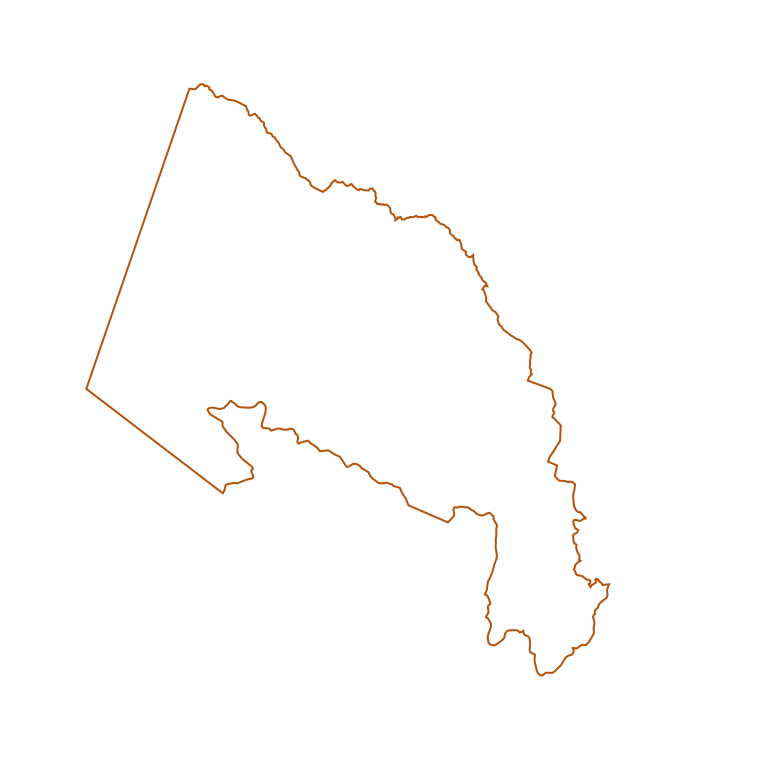 Lagaip/Pogera District, Enga, Papua New Guinea (orthographic projection), rotated 19°
{"feature_id": "67681753B66216026756118", "entity_name": "Lagaip/Pogera District", "entity_type": "district", "adm_level": 2, "iso_a3": "PNG", "parent_name": "Papua New Guinea", "parent_adm1": "Enga", "projection": "orthographic", "projection_center": [143.276, -5.41], "detail": "fine", "context": "isolated", "style": "outline", "palette": "amber", "viewbox_px": 768, "rotation_deg": 19, "n_neighbors": 0, "source": "geoboundaries", "source_scale": "gbopen_adm2", "svg_char_len": 6165}
<svg xmlns="http://www.w3.org/2000/svg" viewBox="0 0 768 768"><g transform="rotate(19 384 384)"><path d="M103.9,168.1L104.1,485.5L267.1,539.8L267.7,537.2L267.2,531.3L268.8,529.5L273.7,526.7L277.7,525.6L285.0,519.4L290.2,516.1L290.8,514.4L289.3,512.3L287.3,510.5L286.8,508.9L287.6,507.0L286.1,505.2L273.6,500.6L269.1,497.7L267.5,496.2L265.5,488.8L260.6,485.3L252.4,481.4L249.3,479.6L248.3,478.5L246.9,477.9L244.9,476.0L243.6,472.3L229.6,469.3L226.0,466.5L225.6,465.2L226.1,464.2L227.7,462.9L230.4,462.0L236.5,461.2L239.0,459.9L240.7,458.5L241.3,456.5L242.5,455.1L244.1,450.1L245.2,449.7L246.2,450.4L250.0,451.3L252.8,452.8L255.9,452.7L263.1,450.7L265.8,449.7L268.1,448.2L269.7,446.1L271.9,441.7L274.3,440.9L277.8,442.5L279.1,443.6L280.2,445.5L281.2,449.9L281.5,462.0L282.6,464.4L284.7,464.8L289.9,463.5L292.6,464.8L297.7,460.9L300.3,460.0L302.0,460.2L306.3,459.2L310.4,456.6L312.9,456.4L314.1,457.1L316.8,460.1L318.5,460.3L319.6,461.6L320.6,464.0L320.7,466.3L321.3,467.6L322.8,468.2L324.3,466.3L330.7,462.3L333.4,463.7L340.8,465.6L345.2,468.3L348.2,467.2L351.2,465.4L353.8,465.0L360.7,466.7L366.0,467.2L375.8,474.6L377.3,473.7L380.9,469.4L384.0,468.6L386.9,469.0L391.3,471.3L393.1,471.3L398.2,472.5L401.2,475.7L405.6,477.7L410.9,479.2L413.1,479.2L418.6,476.5L424.5,476.4L426.1,477.3L432.9,477.1L436.2,480.8L442.1,485.4L446.7,490.8L489.5,494.0L493.0,486.3L492.9,484.4L490.6,480.3L490.5,478.5L491.7,477.1L493.9,476.9L495.7,475.2L504.1,473.3L506.3,474.3L510.3,474.9L514.5,476.8L519.6,476.5L521.6,475.1L524.0,472.5L525.8,471.4L530.8,473.7L531.4,475.8L532.3,476.8L537.0,481.0L537.2,484.2L539.4,490.2L540.4,495.0L541.3,497.1L542.4,501.4L546.5,509.2L547.2,512.1L547.2,520.4L547.7,526.1L547.3,533.5L546.7,536.0L546.9,538.9L548.3,545.3L547.9,550.0L549.6,550.1L551.4,551.2L556.1,556.8L554.6,560.6L557.1,565.5L557.0,567.6L556.2,569.8L556.4,571.3L558.7,571.8L560.9,573.7L562.8,575.6L564.2,578.3L564.1,587.2L564.6,590.1L567.2,594.8L570.0,595.9L572.6,595.5L575.1,593.6L579.4,587.3L580.4,584.8L579.8,581.4L580.0,579.2L581.2,577.1L584.0,575.5L589.3,573.7L591.0,573.7L593.2,574.7L594.9,573.6L596.0,572.1L597.6,574.7L599.2,575.6L601.9,575.5L604.2,576.7L607.0,582.6L608.3,588.1L609.8,590.2L614.4,590.6L615.2,591.4L615.6,594.2L616.9,597.6L621.8,605.2L623.4,607.0L626.3,608.4L628.5,608.1L631.2,604.2L637.3,602.3L638.9,600.2L642.8,592.4L644.8,583.4L646.4,581.2L649.8,578.6L650.5,576.6L650.4,574.9L648.4,572.2L649.4,571.6L651.3,571.7L652.6,571.0L655.5,566.7L657.0,565.8L660.1,565.1L661.8,560.9L663.3,553.7L663.5,550.8L661.7,546.6L661.1,542.3L659.0,538.1L657.4,536.4L657.5,534.2L658.5,532.8L657.4,530.8L657.4,529.0L659.1,525.6L659.0,522.7L659.9,520.0L664.1,513.6L664.1,510.9L662.0,506.1L661.8,503.1L662.1,500.1L657.3,502.2L656.4,503.0L653.7,501.0L652.2,500.9L650.6,499.5L648.0,499.0L647.4,500.4L649.0,501.2L648.8,502.9L647.5,504.4L647.0,505.8L645.6,506.7L645.3,508.8L642.6,506.4L643.7,505.3L643.3,503.0L641.8,502.5L639.0,502.9L633.7,501.0L628.9,501.9L627.2,500.9L625.9,499.1L623.8,497.3L624.2,495.5L623.7,493.1L625.0,490.0L627.3,487.1L625.6,486.7L625.4,484.4L624.5,482.3L622.1,480.5L620.4,478.4L618.9,476.0L618.3,473.3L616.0,472.7L614.3,470.8L612.0,465.7L612.6,463.7L614.5,462.3L615.1,460.9L615.0,458.7L611.3,458.0L610.6,456.6L609.0,455.2L607.9,452.5L608.0,450.7L609.8,450.0L612.7,449.9L614.5,449.2L617.0,445.9L618.1,445.9L618.3,444.9L615.4,443.8L611.4,441.3L609.5,442.0L607.3,441.3L603.7,437.9L599.9,430.1L598.6,425.6L598.6,422.8L597.3,416.6L594.3,415.4L592.0,415.6L590.4,416.7L585.9,416.9L581.8,418.3L579.6,417.8L575.4,415.3L574.2,404.7L564.4,404.0L564.4,399.4L569.0,380.5L564.6,365.6L555.7,361.0L554.1,360.6L553.7,358.4L554.5,356.2L553.9,355.2L552.7,354.5L552.1,352.4L552.9,347.9L552.2,346.0L548.2,341.6L545.5,335.7L542.9,334.5L518.8,334.0L519.0,330.0L520.6,326.7L519.7,326.6L519.0,325.5L518.3,322.5L517.0,321.9L516.1,320.0L515.7,317.2L514.5,314.8L514.1,311.4L513.1,309.2L513.6,306.6L511.4,304.5L501.9,299.5L498.5,298.3L494.3,298.2L488.2,296.7L479.2,293.8L476.6,291.6L473.3,290.1L470.4,286.2L470.2,282.9L465.7,279.5L463.8,279.4L461.8,278.4L453.3,272.4L452.9,269.9L451.7,267.9L448.1,263.2L446.1,262.5L447.3,258.2L449.8,257.9L447.4,255.3L443.6,253.9L441.7,251.9L437.5,249.1L437.1,247.7L435.9,247.1L433.9,245.3L433.7,243.0L431.0,242.1L430.1,241.0L428.3,238.1L426.4,233.1L424.7,235.6L422.5,236.3L419.8,235.3L419.0,234.5L418.4,232.2L415.4,231.6L413.6,230.8L412.7,229.5L411.9,227.2L408.6,223.3L406.9,223.6L405.9,224.3L405.3,223.6L403.2,223.1L401.6,221.5L398.9,220.9L397.1,219.4L396.0,216.7L393.9,215.6L390.9,215.0L389.1,214.0L384.7,214.1L383.4,213.2L379.3,212.1L378.6,209.7L376.7,209.5L374.9,208.5L371.9,209.4L371.0,210.0L370.3,211.9L368.3,212.0L368.0,213.1L364.0,214.0L361.7,215.3L359.9,214.4L356.9,216.9L354.1,217.7L353.9,218.4L351.2,219.8L349.6,221.9L347.3,222.6L345.6,220.7L345.0,220.7L343.7,222.3L342.9,221.9L342.6,223.9L341.5,225.5L340.8,223.7L338.0,220.7L334.7,220.1L332.7,216.0L330.2,214.1L327.8,213.6L325.8,214.7L324.8,214.3L323.4,215.2L321.4,215.1L320.9,215.6L319.0,216.0L318.2,215.2L316.2,214.5L315.9,210.4L315.2,209.9L313.5,205.7L312.8,205.0L311.1,204.6L310.2,203.2L309.2,202.9L306.9,204.3L306.6,206.0L301.7,207.3L298.5,207.2L297.5,207.7L297.2,208.9L294.1,208.6L291.8,207.3L290.7,207.2L289.1,205.9L287.6,205.6L287.0,206.9L284.7,208.9L283.3,208.6L278.7,206.3L277.6,207.6L274.9,208.3L273.3,208.3L271.6,207.2L270.1,208.5L270.1,209.7L268.8,211.2L269.0,213.6L268.2,214.2L267.8,216.2L267.1,216.8L265.8,219.8L264.5,220.8L263.8,222.3L253.8,221.0L250.2,220.0L248.7,217.7L246.2,215.9L244.9,216.0L243.5,215.1L237.6,214.8L236.2,214.0L234.5,210.9L233.2,210.4L227.1,205.0L221.7,199.0L215.5,197.3L212.1,194.7L209.0,193.6L206.0,190.3L203.2,188.8L200.4,186.4L198.2,186.2L196.4,184.4L194.6,184.1L191.9,184.4L191.0,184.0L189.8,181.6L186.4,178.9L185.5,176.1L182.5,175.4L181.1,174.7L179.8,173.3L178.4,173.3L177.6,172.4L173.8,170.5L170.8,173.4L169.4,173.9L168.5,173.4L167.0,170.5L165.1,169.0L163.0,166.2L150.7,164.6L144.6,165.8L141.4,165.5L137.1,164.0L134.8,165.6L133.8,167.0L131.4,167.4L126.3,163.1L122.6,162.0L122.5,160.8L120.7,159.8L118.7,159.7L118.0,160.8L117.2,160.7L116.4,159.6L114.7,159.6L112.8,160.4L109.8,166.3L108.8,167.0L103.9,168.1Z" fill="none" stroke="#b45309" stroke-width="2"/></g></svg>